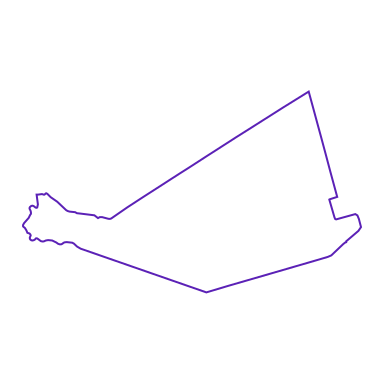 Mafraq, Mercator projection
{"feature_id": "JOR-850", "entity_name": "Mafraq", "entity_type": "Province", "adm_level": 1, "iso_a3": "JOR", "parent_name": "Jordan", "parent_adm1": "", "projection": "mercator", "projection_center": [37.07, 32.534], "detail": "fine", "context": "isolated", "style": "outline", "palette": "violet", "viewbox_px": 384, "rotation_deg": 0, "n_neighbors": 0, "source": "natural_earth", "source_scale": "10m", "svg_char_len": 1583}
<svg xmlns="http://www.w3.org/2000/svg" viewBox="0 0 384 384"><path d="M109.9,218.9L111.2,218.5L127.4,207.3L142.9,197.2L154.1,190.0L171.3,178.9L179.4,173.7L188.7,167.8L206.0,156.6L223.3,145.5L236.2,137.2L253.8,126.1L262.3,120.7L283.9,107.0L308.7,91.6L313.4,108.8L317.6,124.3L321.1,137.1L325.7,154.2L330.4,171.9L337.2,196.9L329.4,199.4L329.3,199.5L329.4,199.9L334.4,217.1L335.1,218.9L336.1,219.4L355.3,214.1L357.4,215.4L358.9,219.0L361.0,227.1L358.4,230.9L346.2,241.3L346.2,242.2L345.2,242.5L343.3,244.0L331.3,255.4L327.8,256.9L316.3,260.3L293.6,266.9L270.9,273.5L248.1,280.1L229.1,285.6L225.4,286.7L206.3,292.4L206.1,292.3L80.7,248.7L77.1,246.6L73.9,243.6L72.2,242.7L66.7,242.1L64.8,242.3L63.5,242.8L62.5,243.7L61.2,244.3L59.6,244.3L58.1,243.8L56.3,242.5L52.2,240.5L48.2,240.1L46.9,240.3L45.8,240.5L43.8,241.4L42.4,241.5L40.8,241.1L38.3,239.2L37.1,238.4L36.1,238.3L34.7,239.7L33.7,240.2L32.5,240.5L31.4,240.3L30.4,239.6L29.9,238.8L29.8,237.6L30.1,236.8L30.5,236.0L30.7,235.3L30.3,234.4L29.5,233.5L27.4,232.8L26.4,230.4L25.0,228.1L24.4,227.5L23.5,226.9L23.0,226.1L23.1,224.9L24.1,223.1L28.7,217.9L30.1,215.0L30.9,213.9L31.0,213.0L30.7,211.2L30.2,210.0L29.7,209.1L29.5,208.1L29.9,207.1L31.3,205.9L32.6,205.7L33.7,206.1L35.6,207.6L36.5,207.8L37.2,207.5L37.9,204.4L36.6,194.6L38.1,194.6L41.8,194.1L42.5,194.2L43.5,194.6L44.1,194.7L44.6,194.5L45.8,193.4L46.3,193.3L47.4,193.9L50.7,197.2L57.2,201.7L66.1,210.1L67.6,211.0L69.6,211.6L75.2,212.2L76.9,213.2L80.6,213.6L94.4,215.3L98.0,218.1L99.8,217.1L102.0,217.1L108.4,218.8L109.9,218.9Z" fill="none" stroke="#5b21b6" stroke-width="2"/></svg>